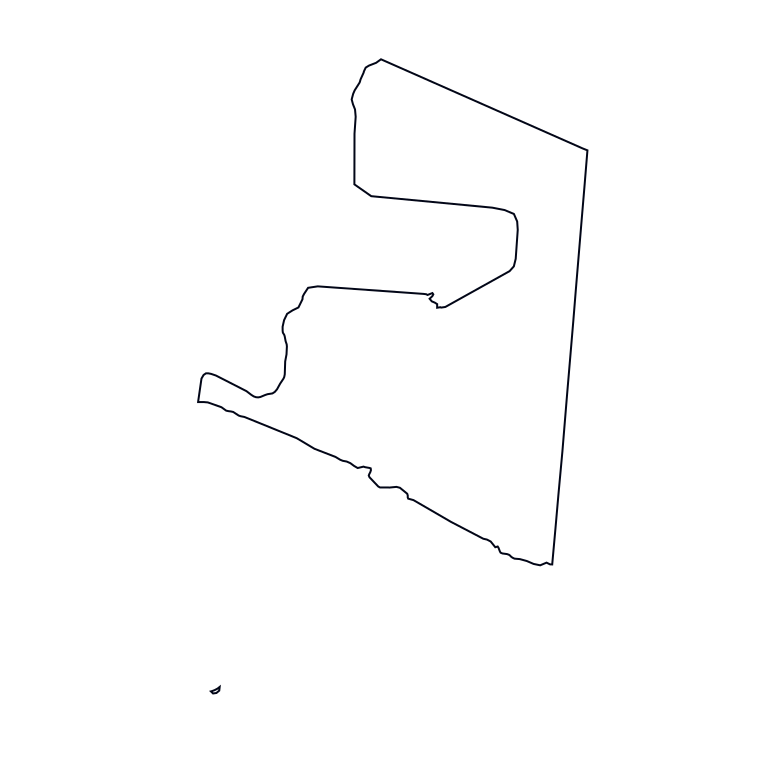 outline of Sandaun, rotated 185°
{"feature_id": "PNG-1241", "entity_name": "Sandaun", "entity_type": "Province", "adm_level": 1, "iso_a3": "PNG", "parent_name": "Papua New Guinea", "parent_adm1": "", "projection": "orthographic", "projection_center": [142.09, -3.55], "detail": "fine", "context": "isolated", "style": "outline", "palette": "ink", "viewbox_px": 768, "rotation_deg": 185, "n_neighbors": 0, "source": "natural_earth", "source_scale": "10m", "svg_char_len": 2162}
<svg xmlns="http://www.w3.org/2000/svg" viewBox="0 0 768 768"><g transform="rotate(185 384 384)"><path d="M201.7,634.5L201.5,597.1L201.4,566.2L201.1,492.7L200.9,462.9L200.8,427.7L200.7,389.7L200.4,332.0L200.6,288.8L200.6,254.9L200.7,224.2L200.7,218.9L202.9,218.8L206.5,220.2L212.6,217.0L219.3,217.8L226.3,220.1L233.4,221.4L238.8,221.4L240.9,222.2L242.4,223.1L243.5,224.1L244.7,224.8L246.7,225.3L251.2,225.5L253.1,226.1L253.9,227.2L255.7,230.9L256.6,232.0L258.9,231.1L264.0,236.4L267.9,238.0L271.6,238.5L305.3,252.5L344.5,270.9L349.9,271.9L350.5,273.2L350.6,274.9L351.3,276.7L359.1,282.0L362.6,282.6L369.1,281.4L379.0,280.6L380.8,281.4L390.3,289.8L391.2,291.5L390.8,293.0L390.0,294.9L389.5,297.0L389.9,298.8L391.1,299.1L395.6,299.5L397.2,299.9L402.9,298.0L406.7,299.8L410.6,302.2L414.4,303.5L418.4,303.9L421.0,304.7L425.9,307.1L447.6,313.4L466.2,322.4L486.0,328.5L520.2,339.0L524.0,339.4L526.0,339.9L531.8,343.0L534.0,343.3L536.5,343.4L538.9,343.7L543.9,346.7L557.9,350.3L561.8,350.3L567.6,349.8L567.6,350.5L566.3,373.5L564.5,377.3L562.3,379.1L559.8,379.3L557.1,379.0L552.2,377.8L520.4,364.9L515.2,361.6L512.7,360.3L510.4,359.7L508.2,359.7L506.0,360.3L501.4,362.7L499.1,363.7L494.3,364.9L492.1,366.6L490.1,369.4L487.5,375.3L484.6,380.6L484.0,382.3L483.7,385.0L484.4,397.9L483.7,405.0L484.0,412.9L484.4,415.0L485.7,418.0L487.1,422.9L487.7,424.3L489.2,426.3L489.6,428.1L490.0,432.2L489.1,438.9L486.6,445.5L481.5,449.4L475.9,452.8L472.6,461.3L472.6,464.0L471.5,466.7L468.0,473.2L458.5,475.5L352.7,477.2L349.8,477.1L348.4,476.5L343.7,478.8L342.7,477.6L343.5,475.7L346.0,472.9L343.6,470.5L340.5,469.5L338.0,468.2L337.7,464.6L334.5,465.4L333.8,465.1L331.2,465.7L329.6,466.1L268.7,507.4L264.9,512.5L263.7,520.2L264.2,549.2L265.5,557.5L269.4,564.7L279.0,567.8L291.4,569.1L413.1,570.0L430.9,580.3L435.2,630.8L435.5,647.7L436.8,655.0L439.3,660.0L441.0,664.7L440.0,670.4L438.8,674.0L434.6,682.1L434.3,683.2L433.9,685.4L431.4,692.5L431.3,693.5L429.8,697.6L426.7,699.9L419.8,703.3L415.3,707.2L206.7,636.0L201.7,634.5ZM521.3,67.9L521.4,64.2L524.0,61.6L527.3,60.8L529.6,62.7L528.5,63.1L526.0,64.3L523.2,66.1L521.3,67.9Z" fill="none" stroke="#020617" stroke-width="2"/></g></svg>